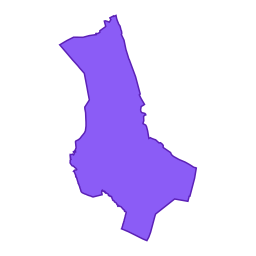 Gradinari, Caras-Severin, Romania (Mercator projection)
{"feature_id": "2599482B46425260952488", "entity_name": "Gradinari", "entity_type": "district", "adm_level": 2, "iso_a3": "ROU", "parent_name": "Romania", "parent_adm1": "Caras-Severin", "projection": "mercator", "projection_center": [21.573, 45.115], "detail": "fine", "context": "isolated", "style": "filled", "palette": "violet", "viewbox_px": 256, "rotation_deg": 0, "n_neighbors": 0, "source": "geoboundaries", "source_scale": "gbopen_adm2", "svg_char_len": 5104}
<svg xmlns="http://www.w3.org/2000/svg" viewBox="0 0 256 256"><path d="M196.3,168.0L195.6,167.7L194.6,167.5L193.6,167.2L191.5,165.8L189.4,164.5L187.3,163.3L185.1,162.1L184.9,162.0L179.0,159.5L173.6,156.5L173.1,156.1L172.6,155.7L172.1,155.3L171.7,154.8L171.4,154.3L171.0,153.7L170.8,153.1L170.5,152.5L163.2,147.5L163.2,145.4L162.3,144.2L160.5,142.7L159.0,142.9L155.6,139.8L154.3,139.4L153.0,138.9L151.7,138.4L150.5,137.8L150.4,137.7L148.9,138.4L147.6,130.8L146.5,126.6L145.7,125.1L143.0,123.6L143.3,122.2L143.7,121.1L143.8,120.5L143.6,116.5L144.7,115.1L145.7,115.0L145.7,114.3L144.8,113.4L143.7,113.1L143.0,112.9L142.1,112.8L140.9,111.6L140.6,109.9L140.9,108.0L141.2,106.5L143.6,105.1L144.5,104.4L141.1,98.6L139.3,94.9L140.2,94.0L135.6,76.8L129.2,59.5L128.8,58.9L128.1,56.5L125.9,49.4L124.0,40.2L121.4,34.6L121.5,34.4L121.8,33.4L121.5,31.1L120.9,29.7L120.6,28.3L120.0,26.0L118.6,24.0L118.4,23.2L117.9,22.1L117.3,20.6L116.6,18.5L116.0,15.4L113.8,16.4L113.6,15.9L109.9,17.8L110.2,18.6L110.7,19.2L110.9,19.6L109.3,22.1L107.1,21.3L105.3,20.8L104.3,21.1L105.7,26.3L105.0,27.1L99.9,30.7L99.8,32.4L97.7,33.6L96.4,33.4L95.9,33.5L96.2,34.6L89.3,35.6L83.0,37.3L73.6,37.2L67.0,40.5L59.7,44.8L72.9,60.3L77.8,65.7L79.8,68.2L84.3,73.3L87.0,87.4L87.8,91.9L89.3,99.7L89.3,99.9L89.2,100.2L85.5,106.0L84.8,107.0L84.8,107.6L84.9,109.1L85.2,110.5L85.6,112.8L86.0,122.3L86.0,126.1L85.4,130.8L84.4,132.9L82.5,135.3L81.7,136.2L80.3,138.1L80.1,138.3L79.8,138.6L78.3,139.8L77.6,140.1L75.9,141.0L75.7,141.1L75.6,141.3L75.5,141.7L75.5,142.1L76.1,147.9L75.8,148.5L75.6,149.0L75.5,149.3L75.4,149.5L75.4,149.9L75.5,150.1L75.5,150.3L75.4,150.4L74.9,150.4L74.8,150.5L74.8,150.8L75.3,151.2L75.5,151.4L75.6,151.8L75.6,152.0L75.0,152.0L74.5,152.1L74.3,152.0L73.8,151.6L73.6,151.5L73.4,151.6L73.3,151.8L73.4,152.0L73.6,152.3L74.2,152.8L74.4,153.1L74.4,153.3L74.0,154.1L73.8,154.6L73.7,154.8L73.4,154.9L73.1,154.6L72.8,154.2L72.7,154.1L71.8,154.4L71.2,154.6L70.7,154.6L70.3,154.4L70.2,154.4L70.2,155.1L70.1,155.4L70.1,155.6L70.1,155.8L70.2,156.1L70.3,156.2L70.3,156.6L70.2,156.9L70.3,157.0L70.5,157.1L70.6,157.3L70.4,157.8L70.3,158.0L70.4,158.3L70.4,158.5L70.5,158.6L70.6,158.8L70.9,159.0L71.0,159.5L70.6,159.7L70.5,159.8L70.4,159.8L70.2,160.1L70.2,160.8L70.2,161.3L70.1,162.9L70.2,163.1L70.5,163.6L71.3,164.7L71.8,165.4L72.0,165.7L72.2,165.8L72.4,165.9L72.9,166.0L73.3,166.0L73.5,166.3L74.1,166.7L74.3,166.8L74.5,167.3L74.7,167.5L75.3,167.8L75.5,167.9L75.8,168.3L76.4,168.9L76.6,169.2L76.7,169.4L76.7,169.7L76.5,169.9L76.4,169.9L75.8,170.0L75.0,170.1L74.6,170.2L74.3,170.4L74.0,170.7L73.8,171.0L73.6,171.3L74.3,171.4L74.3,171.9L74.5,172.6L74.6,172.8L74.9,173.3L75.1,173.9L75.4,174.5L75.5,174.6L75.4,174.8L75.5,175.0L75.8,175.4L75.7,175.7L75.7,176.5L75.9,176.8L76.1,176.8L76.2,177.0L76.1,177.3L76.5,177.6L76.8,178.1L76.8,178.5L78.0,182.4L78.1,182.7L78.1,183.1L78.2,183.5L78.3,183.6L78.5,183.6L78.6,184.2L78.8,184.6L79.0,185.0L79.1,185.4L79.7,186.8L79.8,187.5L80.6,189.8L80.9,190.8L81.0,191.2L81.2,191.7L81.7,192.2L82.1,192.6L83.0,193.1L84.3,193.7L84.5,193.8L84.8,193.9L85.0,194.0L86.0,194.3L86.5,194.5L87.0,194.8L87.5,195.0L88.8,195.5L89.4,195.7L89.7,195.8L90.0,195.8L90.5,195.9L91.0,196.2L91.7,196.5L92.8,196.9L93.3,196.9L98.5,195.6L100.1,195.2L101.4,194.9L102.1,194.7L101.9,193.4L101.8,193.1L101.6,193.0L101.6,192.7L101.6,192.2L101.8,191.3L101.8,190.8L101.9,190.6L102.3,190.1L102.5,190.2L102.7,190.3L102.8,190.4L102.9,190.8L103.1,191.1L103.2,191.3L103.3,191.4L103.8,191.2L104.1,191.2L104.5,191.2L104.7,191.3L104.7,191.5L104.5,191.8L104.7,192.2L104.8,192.2L105.0,192.0L105.3,192.1L105.6,192.3L105.7,192.5L105.4,192.9L105.4,193.0L105.5,193.1L106.1,193.1L106.6,193.1L106.8,193.2L107.0,193.5L107.9,193.9L108.3,194.3L108.5,194.6L108.5,194.9L108.4,195.2L108.5,195.5L109.0,195.7L109.6,195.6L109.7,195.9L109.7,196.0L109.8,196.1L110.0,196.3L110.3,196.5L110.5,196.4L110.7,196.2L111.0,196.3L111.5,196.6L111.8,197.2L111.8,197.3L111.8,197.5L111.9,198.1L112.1,198.4L112.4,199.0L112.5,199.4L112.6,199.7L112.6,199.9L112.7,200.0L112.8,200.2L113.2,200.5L113.5,200.5L113.8,200.7L114.1,201.0L114.3,201.5L114.6,202.0L115.3,202.3L115.5,202.4L115.8,202.7L116.2,203.0L116.5,203.3L116.7,203.7L116.8,203.8L116.8,204.2L116.9,204.3L117.2,204.8L117.3,204.9L117.5,205.1L117.8,205.1L118.1,205.2L118.3,205.3L117.8,206.1L117.8,206.3L118.0,206.4L118.7,206.0L118.9,205.9L119.0,205.9L119.1,206.0L119.7,206.4L119.8,206.4L120.5,206.5L121.1,206.8L121.3,207.0L121.5,207.3L122.0,207.9L122.3,208.1L122.6,208.6L122.8,208.7L123.0,208.9L123.1,209.2L123.2,209.3L123.5,209.4L123.6,209.5L123.9,209.9L124.0,210.0L124.4,210.2L124.4,210.4L124.5,211.2L124.6,211.4L124.8,211.5L125.2,211.4L125.6,211.5L125.8,211.8L126.2,212.4L125.9,213.6L125.3,215.7L125.2,216.4L124.6,218.6L124.5,219.0L124.3,219.6L124.2,220.1L124.1,220.7L124.0,221.3L123.9,221.5L123.7,221.8L123.6,222.1L123.5,222.7L123.5,223.1L123.3,223.4L123.1,223.7L122.7,225.3L122.6,226.0L122.3,226.7L121.9,228.1L121.5,228.8L128.4,231.7L143.0,239.0L146.9,240.6L148.8,237.1L150.6,232.2L155.0,215.8L155.6,214.0L174.6,199.0L187.9,201.3L189.2,196.3L189.9,196.2L194.6,178.2L196.3,168.0Z" fill="#8b5cf6" stroke="#5b21b6" stroke-width="1.5"/></svg>